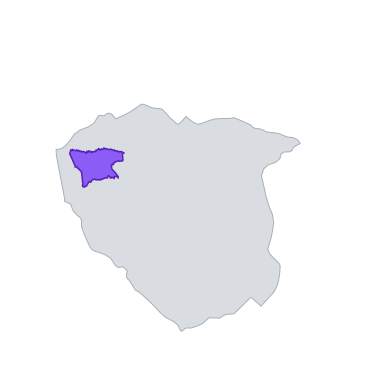 Mwenezi, Masvingo, Zimbabwe shown in context, rotated 133°
{"feature_id": "62879985B12430304395671", "entity_name": "Mwenezi", "entity_type": "district", "adm_level": 2, "iso_a3": "ZWE", "parent_name": "Zimbabwe", "parent_adm1": "Masvingo", "projection": "equal_earth", "projection_center": [30.689, -21.398], "detail": "fine", "context": "in_parent", "style": "filled", "palette": "violet", "viewbox_px": 384, "rotation_deg": 133, "n_neighbors": 0, "source": "geoboundaries", "source_scale": "gbopen_adm2", "svg_char_len": 7270}
<svg xmlns="http://www.w3.org/2000/svg" viewBox="0 0 384 384"><g transform="rotate(133 192 192)"><path d="M253.6,320.3L251.0,318.1L247.6,316.7L243.2,316.1L237.4,316.4L230.4,317.5L222.8,316.1L214.8,312.1L208.1,310.7L200.1,312.4L199.7,312.5L198.3,311.1L196.1,308.2L192.5,307.7L191.5,307.0L190.7,305.9L190.1,304.5L189.9,302.9L190.5,298.1L190.2,297.6L189.2,297.0L187.2,296.4L182.4,294.2L176.3,292.1L166.5,289.7L162.6,289.1L161.8,288.4L160.6,286.6L158.7,281.1L156.9,277.4L152.6,271.7L151.9,270.0L152.1,265.5L152.4,261.8L152.9,258.7L152.6,255.8L152.5,252.2L152.7,249.8L152.1,248.8L150.5,248.0L146.2,247.7L140.9,247.9L140.7,244.2L140.1,238.5L139.1,235.3L137.9,233.6L135.4,231.8L130.4,229.4L123.7,225.7L117.9,220.2L111.2,213.4L109.2,212.3L106.7,205.9L102.9,194.9L103.1,191.3L102.5,189.5L98.8,184.1L98.0,181.3L97.3,178.5L91.5,170.6L89.5,167.2L88.0,162.8L86.5,159.2L85.2,157.8L83.5,155.4L82.4,152.6L81.8,150.6L82.2,147.8L82.8,145.9L88.3,147.9L91.2,148.1L93.6,147.1L96.5,148.4L100.0,152.0L103.7,152.7L107.8,150.4L113.3,151.1L120.2,154.7L126.0,155.4L132.8,152.2L138.8,143.4L144.5,135.2L150.1,125.7L153.5,118.0L158.4,111.7L165.0,106.9L171.7,102.8L181.9,97.8L184.0,93.6L184.6,89.1L184.6,82.8L185.1,78.8L186.2,76.9L187.9,75.5L190.1,73.6L196.9,68.8L202.5,65.8L209.4,63.8L217.0,63.8L224.3,63.7L228.5,63.7L228.5,69.8L228.8,76.6L229.6,77.2L235.1,77.4L243.9,77.8L252.4,78.3L257.8,83.2L259.6,84.3L265.2,85.6L272.4,93.8L281.0,94.6L287.0,97.1L292.2,100.0L295.2,103.3L297.1,104.1L299.8,104.3L301.1,104.7L300.8,107.1L299.0,111.2L299.2,117.1L301.6,125.3L301.9,132.4L301.1,144.9L301.1,157.0L301.3,161.3L301.7,164.1L302.2,165.7L302.1,167.5L300.6,172.6L299.4,177.9L299.4,180.0L298.9,181.5L298.1,182.9L294.3,185.3L293.7,186.8L293.7,189.6L294.1,191.9L295.5,192.8L297.2,194.1L297.9,195.8L297.9,197.6L297.3,201.0L295.8,206.6L297.3,213.0L298.9,217.2L301.2,222.0L302.2,225.0L302.1,227.1L301.8,229.2L298.2,238.0L295.7,243.4L292.6,249.3L288.6,252.9L287.5,254.7L287.1,256.7L287.3,261.1L287.0,265.7L283.6,272.7L285.7,278.7L285.2,279.3L284.0,280.2L279.1,287.0L274.0,293.8L270.4,298.9L266.2,304.6L261.5,311.0L257.5,316.4L253.6,320.3Z" fill="#d9dde1" stroke="#a8b0b8" stroke-width="1"/><path d="M243.9,309.4L244.1,309.2L244.4,309.0L244.8,308.8L245.2,308.6L245.5,308.6L247.4,307.5L252.4,295.8L252.5,295.5L252.7,295.0L253.3,294.5L253.1,294.4L252.9,294.3L252.5,293.6L252.4,293.5L252.0,293.2L252.0,292.8L252.2,292.6L252.3,292.4L252.6,292.1L252.7,291.9L252.7,291.7L252.2,291.2L252.4,290.1L252.5,289.9L252.6,289.7L252.6,289.4L252.6,289.2L252.6,288.9L252.5,288.7L252.4,288.2L252.5,287.8L252.9,286.5L253.0,286.3L253.0,286.1L258.7,279.5L259.7,278.5L259.8,278.3L259.8,277.8L259.9,277.6L260.3,277.5L260.4,277.4L260.7,277.2L261.0,277.1L261.1,276.9L261.4,276.7L261.7,276.7L261.9,276.5L261.9,276.4L262.1,276.4L262.2,275.9L262.1,275.7L262.4,275.5L262.5,275.6L262.6,275.4L262.4,275.2L262.2,274.9L261.9,274.6L261.7,274.4L261.7,274.2L261.6,273.9L261.1,274.1L260.7,274.1L260.0,273.3L259.5,273.2L259.1,273.4L256.2,274.0L255.5,274.2L254.7,274.3L254.3,274.0L254.2,273.3L254.0,272.8L253.5,272.7L253.1,272.7L252.8,273.1L252.2,273.3L251.5,273.2L251.3,273.1L250.9,272.8L250.6,272.8L250.2,272.9L249.9,272.9L249.7,272.3L249.5,272.2L249.3,272.1L249.1,271.9L248.9,271.4L248.6,271.0L248.6,270.5L248.6,270.3L248.5,270.2L248.2,270.1L247.9,269.9L247.3,269.6L247.2,269.3L247.0,269.1L246.8,268.4L246.7,268.2L246.4,268.2L245.9,267.5L245.7,267.3L245.4,267.3L245.1,267.5L244.5,266.7L244.1,266.4L243.5,266.3L242.9,265.9L241.9,265.7L241.7,265.6L241.5,265.3L241.2,265.2L240.6,264.8L240.3,264.7L240.2,264.6L240.3,264.4L239.3,263.4L238.9,263.6L238.7,263.8L238.3,264.0L238.2,264.2L237.4,264.3L237.3,264.2L236.9,264.1L236.8,263.6L236.9,263.3L237.1,262.5L237.2,261.4L237.4,261.1L237.2,260.9L236.5,261.1L236.4,261.1L236.4,260.7L236.2,260.4L235.8,260.4L235.7,260.3L235.6,259.7L235.3,259.5L235.2,259.4L235.1,259.1L235.3,258.9L235.2,258.6L235.1,258.2L234.4,258.8L234.1,259.2L233.5,259.0L233.2,258.9L232.9,258.7L232.7,258.3L232.1,258.1L231.9,257.8L231.8,257.2L231.9,256.9L232.1,256.4L232.2,256.0L232.1,255.7L231.8,255.9L231.4,256.1L231.1,256.4L231.0,256.8L230.9,257.8L230.9,258.0L230.7,258.3L230.6,258.8L230.5,259.6L230.2,261.2L230.1,262.6L230.2,263.1L230.1,263.5L230.0,264.1L229.9,264.6L229.9,265.2L230.0,266.1L229.2,267.0L228.9,267.5L228.7,267.8L228.6,268.1L228.5,268.3L228.2,268.3L227.9,268.5L227.7,268.9L227.5,269.0L227.1,269.2L226.9,269.2L226.3,268.7L226.1,268.7L225.9,268.9L225.5,268.6L225.4,268.3L224.6,268.7L224.5,269.1L223.9,269.0L223.5,268.7L223.3,268.7L222.9,269.0L222.5,268.6L222.3,268.7L222.2,268.8L221.6,268.4L221.4,268.2L221.1,267.9L220.5,267.8L219.5,267.2L219.4,267.1L219.3,266.6L219.4,266.3L219.1,266.0L218.8,266.0L217.7,264.9L217.2,264.4L217.1,264.2L216.6,264.1L216.1,264.3L215.9,264.2L215.8,264.3L215.4,264.6L214.7,265.5L214.1,266.0L213.1,267.3L212.5,268.0L211.4,268.7L210.9,268.8L209.9,268.4L209.9,268.7L209.9,268.8L210.0,269.2L210.4,270.3L210.3,270.5L210.5,270.8L210.6,271.0L210.9,270.9L210.9,271.2L211.0,271.4L211.0,271.6L211.2,271.8L211.4,272.0L211.6,272.4L211.9,272.7L212.0,272.8L212.3,272.9L212.8,273.2L213.0,273.2L213.0,273.5L212.8,273.6L212.7,273.8L212.7,274.1L212.9,274.3L213.0,274.6L213.2,274.8L213.1,275.1L213.3,275.2L213.5,275.3L213.9,275.5L214.1,275.5L214.3,275.9L214.5,276.1L214.4,276.2L214.3,276.3L214.3,276.8L214.4,277.0L214.3,277.5L214.7,277.6L214.8,277.7L215.2,278.0L215.2,278.6L215.2,278.8L215.7,279.2L216.0,280.7L216.2,280.9L217.4,281.5L217.7,281.9L218.0,282.2L218.2,282.9L218.2,283.0L218.4,283.1L218.4,283.3L218.6,283.5L218.6,284.1L218.8,284.3L219.0,284.4L219.4,284.9L219.4,285.3L219.5,285.6L219.8,285.6L220.1,285.5L220.5,285.8L220.2,286.1L220.2,286.4L221.0,286.2L221.2,286.3L221.4,286.5L221.6,286.6L222.1,286.4L222.2,286.5L222.1,287.0L222.2,287.4L222.3,287.6L222.5,287.6L222.9,287.5L223.3,287.8L223.4,288.0L223.5,288.3L223.9,288.0L224.1,288.1L224.3,288.3L224.3,288.8L224.2,289.2L223.9,289.6L223.9,289.8L224.0,289.9L224.9,289.8L225.2,290.0L225.8,290.0L226.1,290.2L226.7,290.2L226.8,290.2L227.0,290.6L227.2,290.4L227.5,290.0L227.9,290.2L228.2,290.6L228.4,290.6L228.6,290.5L228.8,290.9L228.9,291.1L229.5,291.3L229.9,291.3L230.0,291.5L230.0,291.9L230.1,292.1L230.4,292.1L230.7,292.1L230.8,292.3L230.9,292.5L231.0,292.5L231.2,292.3L231.6,292.3L231.7,292.5L231.7,292.9L231.7,293.1L231.5,293.4L231.6,293.6L231.4,293.9L231.5,294.1L231.6,294.3L231.8,294.3L232.0,294.3L232.2,294.7L232.5,294.7L232.5,295.0L232.7,295.3L232.6,295.6L233.0,295.6L233.1,295.4L233.2,295.1L233.5,295.3L233.7,295.2L233.8,295.3L234.0,295.6L234.0,295.9L234.3,295.5L234.5,295.6L234.9,296.3L235.2,296.1L235.4,295.8L235.6,295.7L235.7,295.8L235.4,296.3L235.3,296.5L235.5,296.7L235.8,297.0L236.0,296.9L236.1,297.0L236.2,297.3L236.2,297.6L236.1,298.0L236.3,298.2L236.4,298.3L236.3,298.6L236.3,298.8L236.6,298.8L236.9,299.2L237.2,299.4L237.4,299.6L237.5,299.8L237.4,300.0L237.5,300.4L237.6,300.5L237.9,300.5L238.0,300.5L237.9,301.1L238.2,301.1L238.5,301.6L238.8,301.7L238.8,301.8L239.0,302.1L239.1,302.3L238.9,302.4L238.7,302.5L238.7,303.0L238.8,303.3L239.0,303.5L239.4,303.9L239.9,303.8L240.1,304.1L239.9,304.3L239.8,304.5L240.0,304.9L240.0,305.1L240.8,305.1L241.5,305.8L241.6,306.5L242.0,306.8L242.3,308.2L242.4,308.4L242.7,308.3L243.2,308.0L243.5,307.9L243.6,308.0L243.7,308.4L243.6,309.1L243.9,309.4Z" fill="#8b5cf6" stroke="#5b21b6" stroke-width="1.5"/></g></svg>